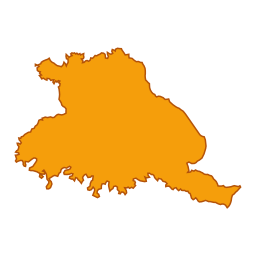 outline of Santa Maria do Oeste, Paraná, Brazil
{"feature_id": "56859067B61626353113950", "entity_name": "Santa Maria do Oeste", "entity_type": "district", "adm_level": 2, "iso_a3": "BRA", "parent_name": "Brazil", "parent_adm1": "Paraná", "projection": "robinson", "projection_center": [-51.949, -24.903], "detail": "fine", "context": "isolated", "style": "filled", "palette": "amber", "viewbox_px": 256, "rotation_deg": 0, "n_neighbors": 0, "source": "geoboundaries", "source_scale": "gbopen_adm2", "svg_char_len": 5718}
<svg xmlns="http://www.w3.org/2000/svg" viewBox="0 0 256 256"><path d="M185.5,114.1L183.9,112.1L182.9,111.0L181.4,110.1L179.1,108.3L177.3,107.6L175.7,106.7L172.9,104.7L169.6,101.7L168.7,99.0L166.9,99.3L165.0,99.4L163.2,97.7L160.2,96.4L158.5,96.2L156.6,96.9L155.5,96.0L154.8,94.5L153.1,93.7L151.8,92.4L150.5,90.3L149.7,88.0L149.5,86.0L149.4,83.6L148.2,82.7L146.9,81.2L145.6,79.9L145.2,77.4L145.1,75.4L145.3,73.8L145.3,70.8L145.0,68.3L144.0,65.9L142.8,64.1L142.1,62.5L140.5,62.4L138.4,61.5L136.3,61.7L134.2,60.3L132.1,58.4L129.1,57.9L128.8,55.9L128.8,54.3L125.2,54.9L124.3,53.4L122.0,50.1L121.4,48.7L119.5,48.6L117.5,48.3L115.6,49.2L115.2,51.0L114.1,50.2L112.3,49.5L111.8,51.2L112.7,53.4L110.9,54.3L109.1,53.5L107.4,52.4L107.5,54.4L108.4,56.4L107.6,58.4L105.5,58.0L105.3,55.8L105.0,54.3L103.6,53.2L101.5,52.9L99.9,54.2L98.3,54.8L96.7,55.8L95.1,55.5L93.6,57.3L92.5,58.3L90.8,57.9L90.2,60.1L88.6,61.3L87.1,60.5L85.6,60.9L84.1,62.4L82.5,62.7L83.0,61.1L81.4,58.9L83.4,58.6L83.9,57.1L83.5,55.6L83.7,53.6L80.5,54.9L79.9,53.6L78.2,54.5L76.9,53.2L75.8,54.0L74.5,52.9L73.3,53.3L71.9,52.9L70.7,53.9L72.1,55.6L70.6,56.1L69.0,57.4L67.8,55.9L66.2,54.4L66.0,56.3L66.5,58.8L67.9,59.0L68.1,60.7L68.1,62.5L67.0,64.2L66.3,65.9L65.4,63.8L64.0,62.2L63.2,64.7L61.4,66.7L59.6,66.2L57.3,65.7L55.5,64.5L54.0,63.2L52.1,62.3L50.4,60.7L49.2,58.2L47.7,59.3L45.9,59.9L43.3,61.0L41.3,62.3L40.8,63.7L38.6,64.7L37.4,65.1L39.0,66.4L37.1,67.9L37.3,70.3L38.5,71.4L40.3,71.8L39.6,73.2L41.4,75.0L39.4,75.5L40.8,77.3L41.7,78.9L43.4,78.2L45.3,79.5L46.9,80.1L47.1,78.4L49.5,78.7L50.8,80.4L52.3,79.9L53.8,79.8L52.9,82.1L54.0,83.7L54.8,82.2L55.8,80.9L56.9,82.1L58.4,80.6L59.8,81.1L58.7,82.7L60.1,83.7L59.7,86.0L58.4,87.0L59.0,88.7L59.4,91.8L59.6,94.5L59.4,96.9L59.0,99.3L61.2,102.8L61.8,105.0L63.2,106.5L64.7,107.2L66.1,108.9L66.0,110.9L66.0,113.2L63.7,114.4L61.7,114.9L58.2,114.3L56.7,115.0L55.5,116.1L54.2,117.4L52.5,117.6L50.6,116.9L49.2,117.2L47.5,117.6L45.2,117.1L43.5,117.8L42.1,118.2L42.5,120.0L40.7,119.5L38.9,120.3L38.0,123.2L37.0,124.9L35.2,126.2L34.2,128.3L31.8,129.0L30.6,132.0L28.4,132.3L24.7,134.5L23.1,136.3L21.3,136.8L20.7,138.3L18.8,138.0L19.2,139.8L20.2,140.9L21.3,142.8L20.1,144.2L18.8,143.3L17.2,143.3L17.7,145.1L18.9,146.5L18.5,148.4L17.9,150.0L16.6,150.8L15.6,152.1L17.2,152.6L18.6,152.8L19.0,154.3L17.1,155.0L15.4,155.2L16.6,159.0L15.5,160.9L16.4,162.1L17.8,161.3L19.2,160.8L20.6,160.4L22.3,160.6L23.2,162.3L23.2,164.6L24.2,166.1L25.5,166.4L25.8,164.8L25.2,163.1L25.3,161.5L28.4,161.9L31.9,159.2L33.6,158.1L35.1,158.0L36.6,158.8L36.7,160.6L35.9,162.0L32.9,166.4L29.6,168.0L29.3,170.2L30.8,170.6L33.0,170.6L37.0,171.8L40.0,173.6L42.5,174.1L44.4,174.1L45.1,172.0L46.4,174.4L46.8,177.1L47.0,179.2L48.8,181.3L48.8,183.0L46.3,186.7L46.8,188.8L48.3,188.9L49.6,188.4L50.6,187.4L51.9,184.0L51.2,181.6L50.1,180.5L49.1,178.6L53.3,175.9L54.8,175.4L57.7,176.3L59.1,173.2L60.5,172.2L61.0,169.9L62.0,168.6L64.1,167.5L66.7,168.1L67.9,167.2L69.6,166.3L70.9,167.2L70.1,168.9L68.2,169.8L66.6,170.0L65.0,170.5L63.7,172.8L64.3,174.4L67.1,174.5L69.7,174.1L71.3,173.4L72.9,173.8L72.3,175.8L69.9,176.5L69.4,178.1L71.4,179.1L72.8,179.0L74.5,180.9L75.7,177.6L77.1,178.1L78.2,179.8L79.5,180.9L81.4,183.4L82.3,181.5L83.5,180.2L82.6,177.9L83.1,176.5L84.5,174.8L86.0,174.2L88.0,177.5L90.6,177.1L91.8,175.9L93.2,176.1L92.6,180.2L91.3,181.1L90.3,183.6L90.1,185.9L88.8,187.1L87.5,187.9L87.8,189.8L89.5,190.3L91.4,189.6L93.1,187.1L94.5,188.8L94.6,190.7L92.8,195.3L97.5,197.6L99.4,196.5L98.7,194.3L97.1,193.1L97.2,191.0L98.5,189.4L101.3,188.5L101.4,185.6L102.1,183.9L103.8,183.7L105.2,184.2L105.8,182.6L107.1,181.0L109.1,182.0L108.6,185.0L108.8,186.6L109.3,188.8L109.9,191.1L111.4,189.5L112.9,188.6L113.7,186.5L115.7,186.0L117.4,187.1L117.4,189.6L119.3,191.5L118.7,193.5L120.3,193.8L121.3,192.1L123.1,192.1L124.3,193.2L125.1,194.6L126.6,192.8L126.3,190.6L124.7,187.7L126.9,187.9L128.1,187.1L129.6,188.3L131.6,187.3L133.2,188.2L135.6,185.5L134.5,184.1L135.4,182.8L134.8,181.2L133.2,180.6L133.4,178.9L136.0,178.2L138.0,179.6L140.2,180.8L144.6,181.6L146.3,181.3L146.0,179.6L145.0,177.1L146.5,177.9L149.5,177.2L148.1,175.4L147.9,173.3L149.5,173.2L151.4,174.5L152.7,174.5L153.9,175.5L154.7,177.6L155.7,178.8L157.6,180.7L158.5,178.4L161.3,179.1L163.0,181.3L165.4,181.9L167.1,183.6L165.8,185.0L165.8,186.6L167.7,186.1L169.3,186.3L170.5,187.4L171.8,189.0L173.1,189.6L174.2,188.2L176.1,187.7L177.3,189.4L178.7,190.6L180.6,189.0L181.6,190.3L182.9,190.5L184.6,190.4L186.1,191.3L188.0,191.3L188.7,192.8L190.1,193.5L190.9,195.8L191.5,198.1L193.2,199.7L194.5,198.9L195.7,197.8L197.1,199.3L198.1,201.0L199.3,201.9L201.6,201.7L203.6,201.1L205.5,200.4L207.3,201.0L208.6,201.6L210.3,201.6L214.0,202.4L215.6,202.4L216.8,203.1L218.5,203.9L220.5,204.5L221.9,204.0L223.7,204.1L225.5,205.1L227.2,207.7L228.6,206.4L229.8,204.6L230.5,203.0L231.2,200.7L231.6,197.8L232.4,195.2L234.3,193.8L235.6,192.2L237.2,190.9L240.6,187.1L239.9,185.8L238.4,186.6L234.3,185.7L232.8,186.1L231.2,186.7L228.9,187.1L226.3,187.4L224.6,186.9L223.5,185.6L221.5,186.1L219.8,186.1L218.0,185.9L217.5,184.1L216.3,181.7L215.4,180.6L213.6,179.0L212.5,177.0L211.5,175.9L209.4,175.3L207.7,174.4L206.2,174.5L204.4,174.2L202.4,172.8L200.8,172.1L199.6,171.4L197.7,171.1L195.5,170.0L193.9,171.1L191.7,170.3L190.7,171.9L189.0,172.3L187.7,172.4L188.9,170.7L188.0,166.4L186.8,163.2L188.9,162.0L191.6,163.5L193.1,163.5L194.5,163.4L196.0,162.6L197.4,161.1L199.3,160.1L200.5,159.2L202.0,158.0L204.0,153.9L204.9,151.0L205.6,148.6L206.0,146.1L205.8,144.2L205.6,142.4L205.3,139.8L204.2,136.8L202.7,136.5L201.3,135.9L199.8,134.7L185.5,114.1ZM45.1,172.0L42.7,171.1L43.9,170.1L45.1,172.0ZM40.0,173.6L39.5,176.7L41.5,178.2L43.2,176.7L40.0,173.6ZM37.4,65.1L35.4,64.3L35.4,65.9L37.4,65.1Z" fill="#f59e0b" stroke="#b45309" stroke-width="1.5"/></svg>